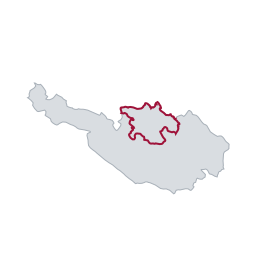 Oberösterreich on a map of Austria (Natural Earth projection), rotated 29°
{"feature_id": "AUT-2326", "entity_name": "Oberösterreich", "entity_type": "State", "adm_level": 1, "iso_a3": "AUT", "parent_name": "Austria", "parent_adm1": "", "projection": "natural_earth1", "projection_center": [13.938, 48.12], "detail": "fine", "context": "in_parent", "style": "outline", "palette": "rose", "viewbox_px": 256, "rotation_deg": 29, "n_neighbors": 0, "source": "natural_earth", "source_scale": "10m", "svg_char_len": 6936}
<svg xmlns="http://www.w3.org/2000/svg" viewBox="0 0 256 256"><g transform="rotate(29 128 128)"><path d="M24.2,142.8L26.5,138.6L27.0,136.0L25.1,134.5L24.3,134.0L25.0,133.7L27.7,133.9L29.5,133.1L30.4,132.2L32.9,133.0L36.5,134.7L38.2,135.8L38.8,136.6L39.2,137.3L39.0,138.5L39.8,139.0L41.5,139.2L42.6,139.6L42.2,141.2L42.1,142.5L43.7,142.3L45.7,141.3L47.2,139.5L48.2,137.7L49.0,133.4L49.2,133.0L50.4,133.4L55.2,133.2L57.5,134.0L61.0,134.1L61.0,134.8L61.6,135.9L63.2,137.4L63.9,138.4L65.6,138.5L68.2,138.0L69.7,137.4L70.2,137.8L72.6,137.4L74.7,136.2L75.2,135.3L77.3,134.6L80.2,133.1L84.1,131.9L96.8,130.7L97.3,129.7L97.2,127.6L97.5,127.3L99.1,127.8L101.7,128.3L103.7,129.1L104.9,130.1L106.1,130.1L108.0,129.4L110.5,129.0L112.8,130.0L113.5,131.1L113.1,131.7L113.1,132.6L113.8,133.4L115.7,134.6L118.1,135.7L119.4,135.6L119.9,134.6L120.3,132.1L120.5,129.5L119.9,127.9L118.6,127.6L117.1,127.5L116.2,127.1L116.5,126.3L117.8,124.2L117.8,121.3L115.0,118.0L112.6,114.9L112.6,113.8L114.1,111.9L116.3,110.5L121.3,108.0L122.9,107.5L125.0,107.1L127.9,106.0L129.3,105.0L130.2,103.9L131.6,98.0L131.9,97.7L132.3,97.4L137.4,99.4L137.9,99.1L138.8,98.7L140.4,97.2L140.8,96.0L140.8,93.8L140.9,91.7L141.2,91.0L142.0,91.2L144.2,92.3L145.9,93.6L147.6,96.7L151.4,97.5L156.2,97.6L157.9,96.2L159.5,95.9L161.2,96.3L165.0,96.8L165.4,94.3L167.5,91.7L168.5,90.7L171.2,90.8L171.9,88.9L172.5,83.5L173.1,82.9L175.1,83.0L177.0,84.0L177.6,84.8L178.7,84.7L180.1,84.2L181.7,83.8L184.2,84.4L189.5,86.9L192.2,87.8L194.0,87.6L195.6,87.6L201.9,91.4L206.3,91.9L210.3,92.0L211.6,90.8L213.3,89.8L215.1,90.0L216.6,90.5L219.7,92.1L221.1,92.5L222.9,92.8L224.3,93.2L225.6,96.0L226.2,96.8L226.1,97.1L226.0,98.4L225.0,100.1L223.9,102.2L224.0,104.1L227.0,110.6L229.6,114.6L230.1,116.1L231.8,117.3L230.2,118.8L229.9,120.9L228.9,121.9L228.7,123.1L229.1,124.3L229.1,125.7L229.7,127.6L227.2,128.1L224.2,128.0L223.1,128.1L222.1,128.6L221.1,128.4L218.3,126.5L216.8,126.1L215.7,126.3L214.9,127.1L213.5,128.1L212.2,128.8L212.5,129.4L218.2,131.1L219.2,133.6L218.1,135.6L217.8,136.7L216.5,137.5L214.8,138.1L212.9,138.3L212.7,139.4L213.5,142.7L212.8,143.4L212.2,144.4L212.8,147.1L214.1,147.3L214.3,147.9L214.1,149.0L213.9,150.2L213.5,151.4L213.3,152.0L212.5,152.3L210.0,152.1L207.8,153.2L203.5,157.0L202.0,157.6L200.3,159.1L200.5,162.4L200.3,162.7L199.9,163.4L194.6,162.2L194.4,162.3L191.0,162.7L188.6,164.2L185.7,165.1L179.6,164.6L173.7,165.2L172.3,165.7L170.7,165.9L169.3,166.8L168.5,168.0L167.0,169.6L164.9,170.9L162.6,171.8L162.1,172.6L161.3,173.1L160.1,172.5L159.0,172.5L157.8,172.1L153.6,171.7L149.0,170.9L146.8,170.2L144.3,169.7L141.6,169.2L139.2,169.1L138.0,168.9L132.3,167.7L128.5,167.6L123.5,167.1L113.6,165.2L110.7,164.5L107.9,164.2L104.6,163.6L102.1,162.5L100.6,160.6L98.9,157.9L95.8,154.5L95.2,152.7L96.1,151.2L97.1,150.1L97.0,149.6L96.3,149.3L90.8,150.8L85.5,152.7L83.4,152.7L81.4,152.3L78.7,152.3L76.1,152.8L70.9,153.0L67.9,154.4L65.9,157.1L64.9,159.3L64.0,160.0L62.2,160.2L59.5,160.0L57.6,159.4L55.7,157.5L52.7,157.3L50.0,157.2L49.2,156.9L49.3,155.7L48.3,153.4L46.5,152.7L41.8,157.0L40.5,157.4L36.8,156.2L33.6,154.4L33.2,153.0L32.7,151.9L30.0,150.9L26.6,150.2L25.5,150.2L25.9,149.6L26.4,148.5L26.1,147.6L25.3,146.7L24.9,145.8L24.8,144.8L24.6,144.1L24.5,143.4L24.2,142.8Z" fill="#d9dde1" stroke="#a8b0b8" stroke-width="1"/><path d="M164.5,97.6L165.0,97.2L165.0,97.3L165.5,97.7L167.2,98.0L168.1,98.4L169.0,98.8L170.0,98.9L170.4,99.0L170.8,99.3L171.1,99.7L171.1,100.0L170.4,100.2L170.2,100.3L170.2,100.7L170.2,100.9L170.2,101.2L170.3,101.6L170.9,102.3L171.6,102.5L171.7,103.6L172.2,103.9L172.4,104.2L172.7,106.0L172.5,108.9L172.5,109.7L172.1,109.3L171.8,109.1L171.5,109.1L170.1,109.1L169.6,109.3L169.2,109.6L168.9,110.1L168.5,110.4L164.6,111.2L164.0,111.0L163.6,110.7L162.8,109.8L162.5,109.4L162.1,109.2L161.6,109.1L160.4,109.0L160.0,109.3L159.8,109.4L159.6,109.5L159.4,109.9L159.3,111.3L159.2,111.6L159.0,111.9L159.0,112.1L159.1,113.1L159.2,113.3L159.3,113.4L159.3,113.6L159.1,113.8L158.8,114.1L158.8,114.4L158.7,114.5L158.4,115.1L158.2,115.2L158.1,115.3L157.9,115.4L157.9,115.5L158.4,116.0L162.7,118.8L164.2,119.5L165.0,119.7L165.6,120.0L166.2,120.3L166.5,120.6L166.7,120.9L166.7,121.6L166.2,122.2L165.8,123.4L165.8,124.2L165.7,124.7L165.3,125.5L163.6,126.7L159.6,128.1L159.3,128.4L159.2,128.7L158.9,128.9L158.5,129.1L157.6,129.3L156.9,129.7L155.7,130.5L155.0,130.7L154.2,130.7L153.7,130.5L153.1,130.3L151.6,129.4L151.3,129.3L150.9,129.4L149.9,129.8L148.6,130.1L148.1,130.5L147.9,130.5L147.7,130.1L147.7,129.9L147.4,129.2L146.2,127.9L145.0,128.1L144.6,128.0L143.8,127.8L143.0,127.6L142.7,127.5L142.0,127.2L141.7,127.1L141.4,127.2L138.5,128.4L138.1,128.8L137.7,129.1L137.6,129.6L137.5,130.1L137.5,130.8L137.5,131.1L137.6,131.5L137.8,131.8L138.1,132.2L138.4,132.5L138.7,132.8L138.9,133.2L139.0,133.8L139.0,134.3L138.9,134.6L138.9,134.8L138.7,134.9L138.1,135.4L138.0,135.5L137.6,135.6L137.4,135.7L134.9,135.3L133.3,134.4L132.3,133.6L132.1,133.1L132.1,132.6L132.2,132.1L132.6,131.5L132.8,131.3L132.9,130.9L132.8,130.6L132.3,129.9L133.3,127.3L133.2,127.0L133.0,126.7L132.3,126.6L131.8,126.4L131.5,126.3L131.4,126.1L131.1,125.8L131.2,125.6L131.4,125.5L132.4,125.4L132.9,125.4L133.2,125.0L132.6,124.5L127.7,123.6L127.2,123.3L127.0,123.0L126.9,122.7L126.5,121.5L126.5,121.0L126.4,120.5L126.5,119.6L126.6,119.2L126.7,118.9L126.8,118.7L127.1,118.6L127.8,118.8L128.2,118.8L128.6,118.7L128.9,118.4L128.9,118.2L128.7,117.9L128.4,117.8L128.1,117.7L127.3,117.2L125.5,117.9L123.9,118.0L122.8,117.9L121.8,117.6L121.7,117.6L120.7,116.8L120.1,116.4L119.4,116.4L118.2,116.4L117.7,116.5L117.4,116.8L117.2,117.3L116.8,117.6L115.5,117.9L114.9,118.1L114.9,117.7L114.5,117.0L112.6,115.3L112.3,114.9L112.1,114.5L111.9,114.0L112.0,113.6L112.2,113.3L112.3,113.3L112.5,113.3L112.7,113.2L113.1,112.7L114.3,111.9L114.6,111.6L115.1,110.9L115.4,110.7L115.8,110.5L117.3,110.3L117.2,110.2L117.7,109.9L118.5,109.5L119.6,108.6L120.0,108.4L122.8,107.4L126.6,106.9L127.5,106.4L130.1,104.5L130.5,103.9L130.7,103.2L130.8,102.8L131.0,102.6L131.0,102.2L131.0,101.3L131.0,100.9L131.1,100.6L131.5,100.0L131.6,99.6L131.5,99.3L131.3,99.0L131.2,98.4L131.1,98.2L131.2,97.9L131.5,97.7L132.4,97.4L133.3,97.3L136.1,97.9L136.5,98.2L137.0,98.4L137.4,99.0L138.5,99.4L138.6,99.5L138.8,98.5L139.0,98.1L139.7,98.1L139.9,98.0L140.1,97.8L140.3,97.7L140.7,96.8L140.9,96.3L141.0,95.8L141.0,95.3L140.9,94.2L140.9,93.7L141.3,93.5L140.9,93.3L140.8,93.2L140.5,92.7L140.4,92.8L140.4,92.4L141.3,91.0L142.3,91.3L142.9,91.5L143.4,91.8L143.9,92.2L145.8,93.1L146.0,93.3L146.5,93.9L146.6,94.2L146.8,94.3L147.0,94.3L147.2,94.6L147.1,94.9L146.9,94.9L146.6,95.2L146.5,95.3L146.4,95.4L146.5,95.9L146.7,96.0L147.1,96.5L147.4,96.7L148.3,97.0L152.1,97.4L154.8,98.2L155.1,98.2L155.3,98.1L155.8,97.7L157.2,97.2L157.7,96.9L158.3,95.5L158.7,95.3L159.3,95.9L160.4,96.4L160.7,96.5L161.1,96.4L161.9,96.0L162.3,96.0L162.5,96.1L162.5,96.4L162.6,96.6L162.8,96.8L163.3,96.6L163.7,97.0L163.9,97.3L164.1,97.5L164.5,97.6Z" fill="none" stroke="#9f1239" stroke-width="2"/></g></svg>